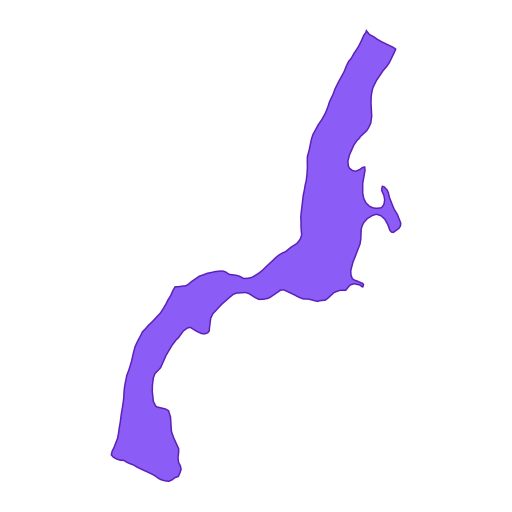 VI-6 Upper Canje/Corentyn, East Berbice-Corentyne, Guyana (Equal Earth projection)
{"feature_id": "73187651B40141145905740", "entity_name": "VI-6 Upper Canje/Corentyn", "entity_type": "district", "adm_level": 2, "iso_a3": "GUY", "parent_name": "Guyana", "parent_adm1": "East Berbice-Corentyne", "projection": "equal_earth", "projection_center": [-57.578, 5.103], "detail": "fine", "context": "isolated", "style": "filled", "palette": "violet", "viewbox_px": 512, "rotation_deg": 0, "n_neighbors": 0, "source": "geoboundaries", "source_scale": "gbopen_adm2", "svg_char_len": 3723}
<svg xmlns="http://www.w3.org/2000/svg" viewBox="0 0 512 512"><path d="M366.4,30.7L366.0,32.2L363.7,35.5L361.4,40.7L358.9,45.8L356.9,49.1L354.0,53.3L351.5,57.9L348.5,61.6L346.1,66.6L344.3,71.3L341.8,76.0L339.0,81.0L337.0,84.9L335.0,89.0L333.2,94.0L329.5,101.8L328.0,106.6L325.5,112.9L323.6,116.4L321.7,119.8L318.3,124.7L315.8,129.3L312.9,134.6L311.4,139.3L310.3,144.5L309.1,150.5L307.4,156.4L307.3,161.5L307.4,167.4L307.0,174.2L306.2,180.8L305.2,184.9L304.3,190.3L303.2,195.5L302.5,201.7L301.8,207.7L301.2,212.5L300.8,217.2L301.0,221.2L301.0,226.5L301.3,231.0L301.7,234.9L300.2,239.2L297.1,243.3L293.9,245.4L291.0,247.2L288.4,249.3L285.7,251.6L282.6,252.9L278.7,255.2L275.3,258.0L272.9,260.4L266.5,266.3L262.9,269.9L259.2,272.9L255.3,275.4L251.9,277.4L247.8,278.3L243.7,278.5L239.7,276.3L236.2,275.3L232.6,274.8L228.9,274.3L225.9,272.1L223.1,271.1L219.6,271.1L215.1,271.6L211.9,272.4L207.6,273.2L203.1,274.9L199.3,276.2L195.1,279.1L191.6,281.5L188.1,284.5L185.4,285.9L182.5,286.1L179.5,286.6L175.0,286.9L172.5,291.4L170.7,295.6L168.1,299.7L166.1,303.8L162.9,309.2L160.2,313.3L157.1,316.5L154.8,319.0L151.7,322.3L148.6,325.1L145.4,328.9L142.5,331.7L140.6,335.7L138.9,338.8L136.5,343.5L134.9,347.2L133.0,354.7L131.7,360.6L130.2,365.7L128.7,370.5L126.9,375.0L125.1,383.8L124.4,388.1L124.0,392.3L123.8,397.2L123.2,402.3L122.5,407.0L121.5,412.8L120.8,417.7L120.3,422.0L119.2,428.2L118.5,433.5L117.5,438.5L115.7,443.1L114.1,447.3L112.1,451.3L111.3,454.9L113.4,457.2L116.6,459.0L120.6,460.3L123.6,460.3L127.1,462.4L130.5,463.9L133.6,465.0L137.2,467.2L139.9,468.5L143.3,470.1L146.4,471.5L150.1,473.2L153.1,474.7L155.7,476.3L158.7,478.5L161.3,479.8L165.0,480.8L168.8,481.3L172.0,479.9L174.8,477.7L178.3,476.5L179.6,473.7L181.1,469.4L180.4,465.9L178.6,462.5L178.0,457.8L178.6,452.7L178.7,448.9L173.6,437.6L171.6,431.9L171.3,429.8L170.5,417.0L168.5,410.7L165.5,409.0L156.5,406.8L155.3,405.3L153.4,401.5L152.3,391.6L152.4,385.4L153.3,378.0L154.9,373.7L160.6,367.7L166.1,355.3L171.8,345.6L176.1,339.9L178.4,337.8L183.3,331.0L187.6,327.9L190.4,327.4L196.1,331.0L201.3,333.5L204.6,333.9L207.8,332.7L209.2,331.0L209.5,327.7L210.7,318.3L212.8,313.8L221.5,304.5L222.9,303.2L223.7,302.5L224.8,301.6L229.5,297.4L233.2,294.4L236.4,293.1L245.5,292.5L248.8,293.5L255.2,297.6L258.9,299.4L263.5,299.2L264.0,299.1L267.8,298.4L269.6,297.6L270.3,297.2L280.1,290.5L280.1,290.1L283.9,289.9L294.5,294.9L297.2,296.4L298.8,297.2L303.1,298.9L308.7,299.1L313.9,300.5L314.2,300.6L317.8,301.4L319.6,300.7L320.0,300.7L325.4,300.1L325.6,299.9L328.5,297.7L330.9,295.4L333.9,292.6L337.9,291.0L340.4,290.3L345.7,290.3L349.2,285.9L350.5,284.9L354.2,283.7L359.8,285.0L362.3,286.9L362.9,286.8L363.5,284.4L362.5,283.3L359.0,281.9L358.7,281.8L358.2,281.4L354.4,280.1L352.3,278.6L350.9,274.7L350.8,270.4L353.0,262.0L355.3,256.3L360.0,244.0L360.8,239.1L361.2,229.4L362.0,226.1L363.8,222.5L367.3,218.6L372.1,215.6L376.3,214.2L381.1,215.8L384.8,219.2L387.8,224.6L389.9,230.4L391.7,232.2L393.4,232.4L399.0,228.3L400.5,225.8L400.7,223.0L397.4,214.5L394.0,209.0L389.5,197.7L388.4,193.0L387.2,190.1L384.2,186.9L382.4,186.3L381.8,188.4L381.8,190.7L383.9,195.4L384.7,199.9L384.0,204.0L382.6,206.5L380.8,207.9L376.5,208.3L373.5,208.0L369.5,206.3L365.8,202.7L363.7,198.2L362.7,193.1L362.7,183.4L365.0,170.5L364.7,167.0L362.5,167.5L360.1,169.3L357.2,170.6L356.1,171.3L352.6,170.6L349.3,168.1L348.3,165.5L347.9,161.1L349.5,154.8L353.9,145.0L356.8,140.7L359.8,137.8L359.9,137.0L366.6,130.8L368.3,128.2L370.7,123.4L371.7,116.3L371.0,102.8L371.2,96.0L372.0,91.2L373.0,87.4L376.5,80.4L383.2,70.5L386.7,66.5L389.3,62.7L394.5,52.0L395.7,49.1L393.3,47.4L389.3,45.5L386.0,43.9L381.3,41.6L377.3,39.3L373.8,36.8L369.4,34.5L366.4,30.7Z" fill="#8b5cf6" stroke="#5b21b6" stroke-width="1.5"/></svg>